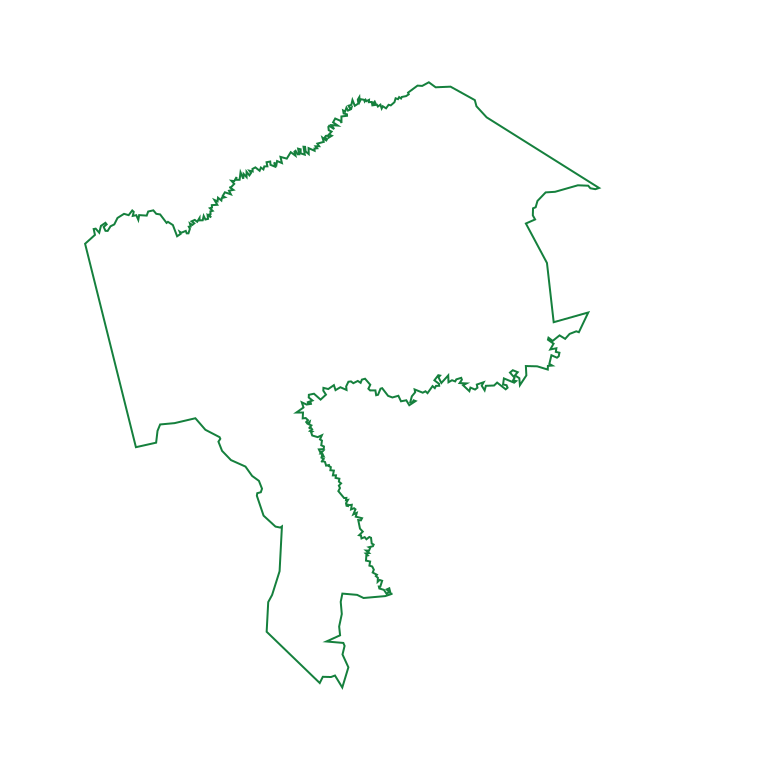 El Paso, Cesar, Colombia (Mercator projection), rotated 76°
{"feature_id": "7082276B67195884922096", "entity_name": "El Paso", "entity_type": "district", "adm_level": 2, "iso_a3": "COL", "parent_name": "Colombia", "parent_adm1": "Cesar", "projection": "mercator", "projection_center": [-73.703, 9.704], "detail": "fine", "context": "isolated", "style": "outline", "palette": "green", "viewbox_px": 768, "rotation_deg": 76, "n_neighbors": 0, "source": "geoboundaries", "source_scale": "gbopen_adm2", "svg_char_len": 6164}
<svg xmlns="http://www.w3.org/2000/svg" viewBox="0 0 768 768"><g transform="rotate(76 384 384)"><path d="M404.3,307.6L411.6,302.9L408.4,301.0L411.4,297.0L410.2,294.2L407.0,294.1L406.4,286.9L409.3,289.6L414.5,287.9L410.4,285.6L412.1,277.6L410.0,273.9L418.6,267.2L417.5,265.0L414.8,265.4L413.3,268.6L407.6,266.3L414.2,257.4L413.1,255.1L411.6,257.8L409.5,255.8L403.4,259.0L401.8,255.7L404.9,251.4L407.3,254.8L411.1,251.3L418.0,252.4L410.1,243.8L400.9,242.0L403.9,231.1L409.6,221.6L406.1,220.6L406.8,216.3L404.5,218.7L396.6,214.6L400.3,209.8L399.4,207.8L396.1,206.2L394.4,209.5L391.0,208.1L390.7,214.3L385.9,209.7L380.7,214.2L378.9,213.2L383.0,209.9L379.3,201.9L384.0,197.3L380.3,191.8L379.4,184.7L380.9,182.4L364.0,168.5L365.1,204.4L306.0,196.6L262.6,207.5L260.9,197.6L256.4,198.8L249.6,196.9L249.2,194.1L243.5,190.8L237.2,180.8L238.9,171.5L238.1,147.8L241.0,137.9L244.0,136.4L246.1,131.8L245.8,127.9L150.1,219.9L136.9,227.1L130.5,227.2L111.6,247.5L108.6,262.1L102.1,267.5L104.0,274.8L102.6,279.3L107.1,290.2L108.9,289.9L110.0,292.9L109.8,297.3L111.1,298.4L109.3,299.9L111.0,301.5L109.6,303.6L113.1,305.7L115.3,310.0L114.2,312.0L117.0,315.3L114.2,318.0L116.1,319.6L112.1,319.9L113.3,322.8L111.3,323.3L111.0,326.2L109.7,324.3L107.7,324.7L109.8,327.8L107.4,327.6L106.9,330.5L104.7,329.8L105.3,332.6L103.8,333.1L105.1,334.4L103.4,334.6L102.1,337.5L104.2,339.3L99.6,338.5L101.7,340.6L105.6,341.0L107.0,345.0L100.8,345.9L105.3,348.2L105.4,351.1L108.1,350.4L107.7,348.5L109.3,349.4L110.0,352.8L106.8,353.6L110.2,355.8L108.7,357.5L111.7,357.7L113.4,354.7L114.8,355.0L114.1,360.6L120.4,362.1L118.0,362.7L114.6,367.1L117.8,370.1L122.1,366.3L120.1,372.3L124.6,370.7L120.2,374.7L121.1,375.8L124.4,376.2L126.4,373.8L128.6,377.1L130.5,374.6L131.6,378.1L129.4,378.3L129.2,380.4L130.4,381.8L132.6,380.0L133.7,381.1L130.1,384.1L134.5,383.9L134.6,390.5L137.6,389.4L136.8,392.9L139.1,391.9L138.7,394.5L140.9,394.9L136.9,400.1L142.7,401.4L139.4,403.8L134.8,403.2L134.3,404.7L142.3,405.4L140.0,409.1L136.1,408.1L134.9,410.4L140.6,410.7L140.2,412.3L136.3,413.4L136.9,414.7L141.0,414.7L136.5,418.4L141.8,423.8L138.6,429.5L144.9,429.6L141.8,433.8L145.6,435.5L142.4,436.9L146.7,437.2L143.9,441.1L140.6,440.6L140.4,444.3L144.6,444.5L143.9,447.5L146.6,449.1L144.2,451.1L147.0,453.1L142.7,456.4L143.5,459.6L146.0,460.0L144.5,463.0L147.1,462.0L149.0,464.1L144.8,466.0L150.0,467.3L146.2,469.4L150.8,470.9L143.9,472.0L150.9,474.7L150.1,478.1L147.5,477.0L150.9,480.2L149.9,482.9L153.6,480.9L156.2,485.0L155.5,486.3L159.2,483.2L159.0,487.6L162.9,486.7L159.5,492.0L162.6,495.1L164.3,493.2L164.3,496.4L166.6,497.4L163.1,500.0L166.5,501.3L164.4,504.0L169.8,502.4L168.8,507.8L171.2,508.2L171.3,510.4L174.5,508.4L174.5,510.7L177.2,511.2L177.3,512.7L180.5,511.5L177.3,514.3L181.2,514.8L181.2,517.5L177.3,518.3L181.3,520.3L180.6,523.4L178.2,522.8L181.4,526.0L179.0,527.9L179.6,531.3L182.2,529.2L183.3,531.5L181.2,533.5L184.4,533.5L184.2,535.3L186.5,534.8L190.5,537.3L190.1,539.0L187.5,539.3L188.2,544.1L186.8,545.4L189.2,545.1L190.6,549.0L178.7,550.4L174.4,554.4L175.1,556.0L165.3,560.2L163.8,563.8L159.7,565.8L159.6,571.1L163.2,573.5L160.9,580.7L165.3,582.7L160.3,583.5L160.1,587.1L156.4,585.2L154.7,586.3L158.4,590.9L156.0,595.1L158.4,602.4L163.9,607.1L164.8,611.2L168.6,615.1L168.0,617.2L163.8,618.0L162.0,614.5L160.2,615.3L162.1,620.4L168.3,623.7L163.5,626.2L163.4,628.2L169.4,628.4L175.6,640.1L385.3,640.0L385.8,619.3L374.7,615.1L369.1,611.0L371.3,596.7L371.6,575.3L385.2,568.4L395.8,556.4L397.6,556.1L399.9,558.6L409.7,557.3L420.8,550.9L430.6,538.4L441.3,534.2L447.7,528.8L456.1,527.7L459.2,529.7L459.3,533.4L461.7,534.4L482.6,532.7L496.1,523.8L498.2,519.4L497.5,517.5L540.4,530.6L561.6,543.6L567.6,549.1L596.0,557.8L658.6,518.7L653.3,514.2L655.5,506.3L655.0,502.1L668.4,497.9L650.3,487.1L636.4,489.7L628.6,485.6L625.4,486.1L619.9,502.2L617.2,487.4L608.5,486.2L597.0,480.6L584.9,478.7L577.3,475.1L582.1,461.1L586.7,455.6L590.1,434.1L589.5,426.6L589.1,428.3L583.5,428.3L584.0,431.1L587.2,429.1L588.0,432.3L583.7,433.9L581.3,438.0L579.3,438.0L579.7,436.6L574.5,433.4L573.1,435.6L574.4,438.0L570.5,436.8L568.4,438.4L567.4,437.0L564.2,440.6L561.7,438.8L558.2,439.6L556.7,442.1L552.9,440.4L551.0,444.2L546.4,442.7L546.4,441.2L544.0,442.7L544.4,439.4L541.3,441.6L542.1,438.9L539.6,437.0L538.7,438.0L538.7,434.0L537.3,432.9L535.8,434.5L530.1,433.8L528.9,435.3L530.4,438.6L527.9,439.8L528.4,443.2L525.5,443.0L524.7,444.7L522.1,440.3L518.5,442.3L509.8,441.9L510.7,439.4L508.9,437.8L505.9,443.5L502.4,441.6L503.1,445.3L498.7,442.0L497.3,443.1L497.7,446.3L493.4,444.5L493.0,448.0L491.5,448.7L493.6,448.7L493.1,449.8L490.5,449.7L487.7,447.0L487.5,449.0L485.4,448.1L485.0,450.3L476.9,454.2L474.3,451.9L471.7,452.4L470.0,449.7L467.8,451.4L465.1,450.2L463.4,453.7L461.0,452.7L460.3,455.7L455.9,453.6L454.7,456.9L451.8,455.7L449.8,458.0L449.3,456.1L449.2,459.9L445.4,460.1L443.6,462.5L444.9,463.7L441.9,461.1L442.5,459.9L440.3,462.5L438.5,461.5L439.4,460.1L436.9,460.6L436.2,462.4L434.6,460.0L434.7,462.4L431.7,463.0L432.6,458.2L430.1,457.4L428.3,459.7L423.9,457.9L422.3,459.5L418.7,456.7L419.5,461.2L416.6,466.1L413.3,466.4L412.8,465.1L411.7,467.1L410.6,464.7L408.3,465.8L409.1,467.7L406.6,464.5L405.1,466.5L402.7,465.3L403.9,467.9L402.1,468.7L400.7,466.5L398.1,468.2L397.7,471.2L392.1,469.5L390.5,476.0L387.3,467.8L381.9,468.2L385.2,464.1L385.6,459.7L384.2,459.7L383.3,463.2L382.7,457.4L378.9,460.3L376.3,459.5L376.5,454.3L383.8,449.3L380.3,442.9L375.8,444.5L373.1,443.7L375.4,439.3L373.0,432.9L378.2,432.5L376.6,427.1L380.7,421.8L377.2,421.3L373.2,418.0L373.5,415.4L375.8,413.6L374.7,408.7L377.2,406.4L374.4,404.4L374.3,401.1L381.4,397.5L384.8,400.3L386.9,399.0L388.1,393.9L393.0,394.3L393.0,392.4L387.7,388.5L387.6,386.8L396.5,382.9L399.1,379.1L398.9,372.9L404.9,371.7L405.2,366.3L410.7,364.6L408.2,357.5L407.0,359.2L408.8,361.0L408.0,362.9L402.7,360.0L399.6,355.8L396.7,355.6L401.8,348.5L401.1,345.5L403.4,344.0L397.8,337.4L400.3,335.7L398.4,334.0L399.1,330.9L397.1,330.6L392.6,334.2L388.6,329.2L389.4,327.6L390.7,329.5L396.9,328.1L391.2,319.6L397.9,321.0L396.8,317.1L398.7,314.3L397.0,312.7L396.7,307.6L398.7,307.4L401.4,310.4L403.4,303.8L404.3,307.6Z" fill="none" stroke="#15803d" stroke-width="2"/></g></svg>